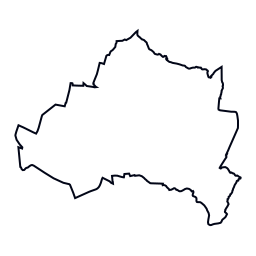 outline of Oravita, Caras-Severin, Romania
{"feature_id": "2599482B80762656087619", "entity_name": "Oravita", "entity_type": "district", "adm_level": 2, "iso_a3": "ROU", "parent_name": "Romania", "parent_adm1": "Caras-Severin", "projection": "albers", "projection_center": [21.762, 45.061], "detail": "fine", "context": "isolated", "style": "outline", "palette": "ink", "viewbox_px": 256, "rotation_deg": 0, "n_neighbors": 0, "source": "geoboundaries", "source_scale": "gbopen_adm2", "svg_char_len": 5750}
<svg xmlns="http://www.w3.org/2000/svg" viewBox="0 0 256 256"><path d="M220.6,222.8L221.0,222.2L221.5,221.7L222.0,220.3L222.5,219.6L224.7,217.8L225.5,217.0L226.1,215.9L226.9,214.3L227.0,214.1L226.8,213.8L226.5,213.5L226.2,213.1L225.7,212.7L225.0,212.1L224.9,211.7L225.2,210.6L225.4,210.2L225.3,209.9L225.3,209.7L225.7,209.1L226.2,208.4L226.3,208.0L226.7,207.5L226.8,207.3L227.0,207.0L227.4,206.5L227.5,206.2L228.3,204.6L228.5,204.4L228.4,203.4L228.0,202.8L227.7,202.1L227.3,201.6L227.3,201.3L227.4,201.1L227.5,200.8L227.6,200.6L227.5,200.0L227.6,199.1L228.1,199.0L228.3,198.7L228.5,198.1L228.7,197.8L228.7,196.7L229.6,196.2L230.0,195.7L230.2,195.1L230.2,194.6L230.3,194.3L230.9,194.1L231.1,193.9L231.4,193.3L231.6,193.1L232.0,192.6L232.2,192.1L232.5,190.4L232.9,190.0L233.1,188.8L234.0,187.0L234.5,185.5L234.9,184.7L236.1,182.9L236.4,182.4L236.7,181.3L236.8,181.0L237.1,180.8L238.3,180.6L238.4,180.4L238.4,179.7L238.6,179.2L239.1,178.8L239.9,178.7L240.4,178.5L240.6,178.0L240.6,177.5L240.5,177.4L239.4,177.0L237.4,175.6L237.0,175.5L236.2,175.8L235.7,175.7L235.2,175.4L234.4,174.2L234.0,173.7L233.6,173.5L233.1,173.3L232.5,173.3L232.2,173.1L232.0,172.8L231.2,172.5L231.0,172.4L230.5,172.8L230.3,172.8L230.1,172.6L229.8,172.2L229.3,171.4L229.0,170.6L228.7,170.3L228.5,169.9L227.8,168.8L227.3,168.3L226.8,167.9L225.7,167.3L225.4,167.1L225.0,167.1L222.3,167.4L221.5,167.9L220.8,168.5L220.7,168.5L220.4,168.4L219.7,167.9L220.6,166.2L224.2,160.5L225.7,158.2L226.2,157.6L226.4,157.1L226.4,156.7L226.3,156.2L226.3,155.5L226.2,155.5L226.3,155.2L226.8,154.3L226.3,154.3L228.2,150.3L229.4,147.4L237.9,128.1L238.0,125.6L238.0,120.5L237.4,116.1L236.9,113.6L236.1,112.2L234.9,111.8L231.0,111.7L220.0,110.3L218.6,109.6L218.4,108.6L218.9,102.7L219.3,98.4L220.4,98.4L220.2,97.8L220.2,96.9L220.3,96.4L220.7,95.8L220.7,94.9L221.1,94.3L221.2,94.1L221.2,93.2L221.5,92.5L221.5,91.7L221.7,91.1L221.6,90.7L221.9,90.1L222.3,89.4L222.5,88.9L222.8,88.4L222.9,88.0L222.8,86.8L222.6,86.3L222.9,85.8L222.8,85.5L223.0,85.1L223.0,84.5L222.8,83.1L222.6,82.9L222.3,82.5L221.7,80.2L221.6,66.9L215.6,70.8L215.2,71.2L213.8,72.9L213.2,74.0L211.3,75.8L210.9,76.3L211.4,76.9L210.8,77.6L210.5,77.8L210.3,77.7L209.9,77.4L209.5,77.4L209.0,77.4L208.6,77.1L208.3,76.7L208.2,76.3L208.1,75.6L207.8,74.9L207.6,74.1L207.4,73.2L207.4,72.5L207.5,72.1L207.8,71.5L207.9,71.2L207.7,70.7L207.3,70.5L206.5,69.7L206.3,69.5L205.4,69.3L204.6,69.2L202.8,69.4L202.1,69.3L201.7,69.0L201.4,68.3L200.8,67.6L200.7,67.6L200.4,67.8L200.0,67.7L198.2,67.3L198.2,67.5L197.7,67.5L197.5,67.2L196.9,67.0L196.2,66.8L195.9,66.9L195.6,67.3L195.3,67.4L194.8,67.6L193.5,67.6L192.5,67.7L191.1,68.1L189.8,68.6L189.0,68.6L188.4,68.5L187.6,68.0L186.0,67.1L185.7,66.8L185.2,66.1L184.8,65.8L184.2,65.6L182.8,65.5L180.3,64.6L179.0,64.2L176.7,63.6L172.7,62.9L171.9,62.6L170.9,62.2L169.4,61.9L168.4,61.2L167.5,60.5L167.1,60.2L167.1,59.8L166.9,59.5L167.1,59.1L167.3,58.9L167.2,58.7L166.4,59.4L166.1,58.9L166.3,58.3L166.4,58.1L166.5,57.6L166.4,57.3L166.5,57.1L166.4,57.0L166.1,56.2L165.7,56.3L165.5,56.2L165.2,56.0L164.5,55.9L164.1,56.2L164.0,56.5L163.8,56.7L163.0,56.9L162.3,56.4L161.2,55.4L160.7,54.7L160.4,54.4L159.9,54.4L159.0,53.9L158.8,54.1L158.7,54.2L158.4,54.4L157.5,54.6L157.0,54.5L155.2,54.0L154.8,53.8L154.6,53.6L154.3,53.2L154.1,52.9L153.6,52.1L151.9,50.6L151.0,50.0L149.6,49.4L149.2,49.1L148.8,48.4L148.7,48.1L147.7,45.5L147.0,44.0L146.8,43.1L146.7,42.7L146.4,42.3L145.3,41.4L144.2,40.2L143.8,40.0L143.1,39.7L142.4,39.5L142.0,39.4L141.7,39.0L140.7,38.3L140.4,37.9L139.6,37.1L138.9,36.7L138.4,36.1L137.9,35.8L137.6,35.3L137.4,34.8L137.3,33.7L137.5,30.9L135.8,32.2L130.5,37.7L126.2,40.1L124.8,39.5L122.3,40.8L119.9,40.9L116.6,41.1L116.6,41.8L116.5,42.6L116.4,43.0L115.7,44.1L115.3,46.9L114.0,48.5L112.6,50.1L111.1,51.1L110.5,51.7L109.2,55.0L108.2,54.9L107.3,55.1L106.4,55.8L104.0,64.0L101.7,63.2L99.7,62.9L98.0,69.9L96.9,74.1L94.1,81.0L93.3,83.2L93.7,83.7L93.5,84.3L95.8,86.8L96.3,87.1L94.6,87.3L92.9,86.9L86.7,86.0L85.6,84.9L83.5,83.1L83.3,85.8L76.8,85.6L72.7,85.4L72.7,84.3L72.4,83.3L71.8,83.1L70.6,83.1L69.4,90.2L66.2,102.7L65.7,102.8L64.7,106.3L55.5,104.6L42.3,115.0L41.8,116.3L38.7,127.7L37.5,131.1L36.1,133.6L33.4,132.4L23.3,127.4L18.5,125.3L16.3,131.7L15.5,134.6L15.4,135.6L16.6,139.8L19.7,144.4L22.3,147.3L22.1,148.5L18.4,147.2L20.3,167.0L21.0,167.4L21.6,169.0L22.7,170.1L24.1,170.0L24.7,169.5L25.3,168.7L26.3,167.9L27.7,167.6L29.7,166.0L30.2,165.7L31.1,165.2L32.1,165.0L33.7,165.6L44.7,172.8L53.6,178.3L63.4,182.8L69.3,184.2L70.0,184.8L73.2,192.7L75.1,198.1L88.9,191.9L90.9,191.1L96.0,189.3L97.4,188.5L98.8,187.1L99.8,185.4L100.8,183.0L102.0,179.0L102.6,177.8L109.6,181.3L111.1,182.8L113.0,183.7L112.8,181.7L112.5,181.2L112.4,179.6L112.0,175.9L114.8,175.6L117.3,175.7L121.4,176.9L123.4,177.3L123.9,177.3L124.4,174.0L129.1,173.6L130.2,176.1L134.6,175.1L135.0,175.8L139.2,175.3L141.8,176.2L144.1,178.0L145.0,179.0L146.5,180.2L146.9,180.8L147.2,181.0L150.3,183.2L151.6,183.3L161.1,183.6L162.8,183.7L162.5,184.5L162.7,185.2L163.3,185.0L164.1,185.1L164.9,185.3L165.6,185.7L166.1,186.0L166.8,187.1L169.0,189.2L169.3,190.0L171.3,189.7L173.6,188.5L174.1,188.2L175.0,188.4L175.9,189.2L176.4,189.9L177.3,189.9L178.9,191.0L179.8,191.3L181.4,191.1L183.3,190.1L185.1,189.0L186.9,188.5L189.0,188.9L190.6,189.9L191.1,190.5L191.7,191.4L192.3,191.3L193.0,191.0L193.3,191.4L193.4,191.7L193.4,192.4L193.4,192.7L193.1,193.3L192.8,194.2L192.7,195.1L192.7,195.5L193.0,196.0L195.5,197.0L196.4,198.1L196.5,199.4L196.4,200.9L196.8,201.9L197.6,202.1L198.7,202.1L200.2,202.2L201.4,202.9L204.3,205.4L206.6,208.7L207.1,210.2L208.6,213.0L209.1,215.3L208.7,217.7L208.4,219.2L208.0,222.2L208.3,224.0L208.9,224.5L209.7,224.9L210.1,225.1L211.3,225.0L212.7,224.4L214.4,223.9L218.2,223.4L220.6,222.8Z" fill="none" stroke="#020617" stroke-width="2"/></svg>